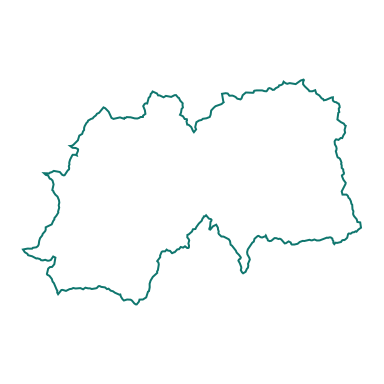 outline of Huaraz, Áncash, Peru
{"feature_id": "86281439B31428964114351", "entity_name": "Huaraz", "entity_type": "district", "adm_level": 2, "iso_a3": "PER", "parent_name": "Peru", "parent_adm1": "Áncash", "projection": "robinson", "projection_center": [-77.639, -9.574], "detail": "fine", "context": "isolated", "style": "outline", "palette": "teal", "viewbox_px": 384, "rotation_deg": 0, "n_neighbors": 0, "source": "geoboundaries", "source_scale": "gbopen_adm2", "svg_char_len": 5931}
<svg xmlns="http://www.w3.org/2000/svg" viewBox="0 0 384 384"><path d="M243.1,273.3L245.6,271.8L246.8,269.0L248.0,267.6L248.3,265.3L248.0,263.9L249.8,259.6L249.3,257.8L247.4,254.4L247.1,252.1L247.8,249.4L252.3,242.7L253.8,241.6L254.5,238.8L257.6,236.1L258.6,235.9L260.6,237.2L262.1,237.5L265.4,236.2L265.8,235.5L266.3,236.4L266.3,237.7L267.3,238.5L267.9,240.4L269.6,241.1L271.3,240.8L274.5,238.1L276.1,238.1L278.4,239.0L279.8,238.7L281.2,239.4L284.7,243.4L285.9,243.2L288.6,241.4L290.7,242.5L291.2,243.9L291.8,244.5L294.5,244.5L297.6,243.8L299.7,242.0L302.6,240.9L304.4,241.0L309.5,239.8L311.0,240.3L312.2,240.3L314.4,239.5L316.9,240.5L319.7,240.4L327.0,237.6L328.0,237.9L329.2,237.4L330.7,237.4L332.3,238.5L332.5,239.8L333.4,241.2L333.3,242.8L334.3,244.1L335.5,242.7L337.2,242.9L341.0,242.0L342.0,240.5L343.1,240.0L344.2,240.1L345.3,239.5L347.2,237.7L348.1,234.1L348.8,233.5L350.7,233.7L352.4,232.4L354.2,232.2L355.5,231.3L356.5,231.7L358.3,229.6L361.0,227.7L360.2,222.4L357.4,222.0L356.7,219.3L354.1,216.2L353.3,214.7L353.1,213.9L353.4,211.2L352.5,209.3L352.2,204.7L351.4,203.8L350.9,201.3L349.6,198.6L348.6,197.9L347.8,195.8L346.5,194.6L342.5,194.6L341.7,191.4L345.5,184.0L345.7,182.8L343.4,179.7L342.1,176.5L341.9,175.4L343.7,174.1L344.0,173.0L343.3,171.2L343.2,169.4L341.7,167.9L341.7,165.2L341.1,164.0L341.5,162.8L340.8,160.7L340.0,158.9L339.2,158.1L337.7,157.4L337.2,156.1L335.8,151.1L336.3,150.4L336.6,148.5L336.2,146.7L334.9,144.4L334.6,141.6L334.9,140.7L336.1,139.3L338.5,139.9L340.7,138.0L342.2,138.1L343.4,135.3L345.1,132.7L344.6,129.9L345.7,125.8L345.0,125.5L343.8,123.6L341.0,122.2L337.4,119.5L338.3,112.8L339.3,112.0L338.9,110.5L338.8,108.4L339.7,107.4L339.5,105.6L338.7,103.6L337.4,103.2L336.5,102.3L334.8,102.0L333.4,101.2L332.8,100.1L332.9,97.3L331.5,97.5L326.0,99.9L323.8,100.3L323.2,99.1L321.7,98.4L319.3,95.4L316.3,93.6L315.2,90.2L312.2,91.3L309.4,91.2L308.6,90.0L304.8,86.4L303.1,84.3L303.1,81.9L303.9,80.1L303.5,79.6L300.7,80.5L295.7,84.1L289.7,83.1L287.2,83.8L285.4,83.1L283.6,81.7L282.6,84.2L280.7,85.2L279.2,85.3L278.5,86.8L275.7,88.2L274.2,89.7L272.7,89.9L271.0,88.6L269.4,88.1L268.4,88.5L267.0,90.8L266.3,91.3L264.3,91.1L262.2,90.4L256.7,90.4L254.4,90.7L253.9,91.2L253.6,92.5L253.1,92.8L245.9,92.5L242.7,95.2L241.5,98.5L240.5,99.4L237.3,98.7L235.6,97.0L233.6,96.0L232.4,95.6L229.4,95.7L227.7,93.5L225.7,93.2L222.0,93.8L223.3,101.5L223.7,102.2L221.5,104.1L215.5,106.2L213.7,107.8L211.2,110.5L210.6,114.8L209.7,117.0L206.4,118.3L202.8,118.8L201.5,120.0L199.1,120.5L196.4,122.2L195.2,127.1L196.1,129.4L193.9,132.2L193.0,131.0L191.2,127.0L188.6,124.8L187.2,124.6L186.5,121.3L187.0,120.4L186.8,119.2L184.7,119.0L183.0,116.3L180.0,114.8L181.0,112.7L181.6,109.0L182.9,107.5L182.5,105.0L182.7,103.3L180.2,100.6L178.9,97.9L178.2,97.7L176.0,95.1L174.5,95.2L171.2,96.9L165.9,95.9L163.6,97.3L159.6,95.4L158.1,95.4L157.0,93.5L152.6,91.5L151.6,93.2L150.8,93.8L150.1,96.5L148.7,97.8L147.2,103.5L146.0,103.3L144.7,103.8L143.2,106.1L144.9,110.3L145.4,113.9L143.1,115.6L142.9,117.0L140.5,117.0L139.4,117.8L137.5,118.5L134.8,118.4L130.6,117.3L126.6,117.1L125.5,118.0L124.5,117.8L124.1,118.8L120.0,117.4L113.5,118.9L111.5,117.9L108.7,111.8L105.2,108.2L103.5,107.4L99.1,112.8L96.9,113.8L95.9,115.4L93.7,117.1L92.7,118.4L91.1,118.9L88.1,120.6L87.7,121.8L86.5,122.9L84.7,126.1L84.1,127.9L84.1,130.0L83.0,131.4L82.2,133.9L79.3,135.6L77.9,140.3L73.3,144.9L71.6,145.9L70.2,146.0L72.5,147.8L75.7,148.0L77.9,149.1L78.1,149.4L77.9,151.1L76.5,154.3L76.8,155.4L75.3,154.8L72.7,154.8L72.1,155.6L70.1,159.6L69.4,162.0L69.2,163.2L69.5,164.3L68.8,166.2L69.2,168.0L69.0,169.4L67.7,170.5L64.6,175.2L63.8,175.4L62.3,174.9L59.8,172.0L53.8,170.9L51.5,172.3L50.2,172.5L49.3,173.4L44.0,173.2L45.8,174.9L48.1,175.5L49.7,178.6L50.9,179.0L52.5,180.5L53.6,184.4L52.3,190.1L53.5,191.3L53.6,192.1L55.3,194.6L57.5,196.6L59.0,200.3L59.3,202.7L58.7,205.3L59.2,207.7L58.1,211.5L58.3,212.6L56.4,215.7L54.4,218.1L54.3,219.5L53.3,220.8L51.7,224.4L45.7,227.3L45.7,229.7L45.2,231.1L42.7,233.9L42.2,235.5L40.1,238.1L39.2,240.9L38.7,244.6L37.8,246.2L36.3,247.3L32.9,247.8L32.0,248.7L27.5,248.6L23.0,249.5L24.8,252.2L27.4,253.8L28.1,255.2L32.2,256.3L36.3,258.5L37.2,258.3L39.9,259.0L41.1,260.2L42.9,260.4L45.2,259.8L47.6,260.7L48.8,260.7L50.8,260.0L53.2,256.5L55.4,257.6L54.3,264.2L52.1,266.9L49.9,267.1L48.2,268.6L46.9,274.0L47.4,274.8L49.4,275.8L51.8,278.9L52.6,281.6L53.9,283.1L56.8,290.0L57.3,290.5L57.2,292.6L58.1,294.2L61.4,290.0L62.6,289.9L66.0,290.9L69.6,289.1L71.7,288.8L73.2,288.0L75.6,288.5L80.4,288.1L83.1,289.3L85.4,287.7L87.9,288.3L89.8,288.3L91.8,289.0L96.0,288.3L96.8,288.0L98.5,286.2L99.7,286.1L101.3,286.9L105.0,287.4L107.0,289.1L108.6,288.7L110.6,290.6L113.0,291.3L114.9,292.7L119.4,294.7L120.3,294.5L120.9,296.6L122.6,299.3L123.9,300.5L127.1,299.5L130.6,299.7L131.9,300.5L134.4,303.5L135.8,304.4L136.7,304.4L138.9,301.7L139.5,299.6L142.9,299.5L146.2,297.4L148.0,291.7L148.9,291.2L149.1,290.5L149.7,287.3L149.6,283.8L150.6,280.6L152.8,276.9L157.2,272.9L157.1,271.4L157.9,270.1L158.8,264.4L158.4,262.5L157.2,261.1L160.2,257.2L160.1,255.6L161.6,252.0L162.4,251.4L165.2,251.3L166.6,249.6L168.0,250.6L170.1,250.9L171.9,253.1L172.5,253.1L173.6,252.4L174.7,252.2L177.3,249.4L179.0,249.2L180.7,247.0L183.1,247.6L185.0,246.3L187.2,248.0L188.5,247.9L188.9,247.3L189.0,245.4L188.4,243.6L189.2,240.4L188.7,239.1L187.3,237.4L187.4,234.9L188.7,234.4L192.0,231.5L192.9,229.3L195.4,229.0L196.3,227.1L198.8,223.6L201.7,220.8L202.6,218.4L203.7,217.3L203.8,216.4L205.5,216.1L206.1,215.3L208.9,218.6L211.0,219.2L211.5,219.8L211.4,220.7L210.5,222.0L210.1,226.7L209.3,228.7L209.4,229.3L210.3,229.6L213.0,226.3L216.2,224.7L217.9,227.7L218.0,229.3L218.7,231.5L218.4,233.0L218.9,234.1L221.4,236.5L223.6,236.6L228.8,239.3L230.0,241.1L230.6,244.7L232.0,245.7L235.9,250.7L236.6,252.5L239.0,254.9L240.8,257.4L240.4,258.6L238.9,259.6L238.4,260.7L239.8,263.2L241.2,266.9L241.3,268.1L240.8,270.1L242.0,272.3L243.1,273.3Z" fill="none" stroke="#0f766e" stroke-width="2"/></svg>